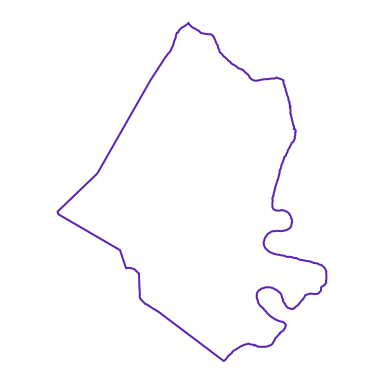 outline of Almondale, Castries, Saint Lucia
{"feature_id": "8701671B18648215649765", "entity_name": "Almondale", "entity_type": "district", "adm_level": 2, "iso_a3": "LCA", "parent_name": "Saint Lucia", "parent_adm1": "Castries", "projection": "orthographic", "projection_center": [-60.96, 14.019], "detail": "fine", "context": "isolated", "style": "outline", "palette": "violet", "viewbox_px": 384, "rotation_deg": 0, "n_neighbors": 0, "source": "geoboundaries", "source_scale": "gbopen_adm2", "svg_char_len": 6009}
<svg xmlns="http://www.w3.org/2000/svg" viewBox="0 0 384 384"><path d="M165.4,57.2L150.4,80.4L97.4,173.4L57.6,211.6L58.4,214.3L120.0,250.1L126.0,268.1L129.7,267.9L134.2,269.0L139.0,273.7L139.4,286.8L139.8,293.6L139.7,296.5L140.1,298.6L144.3,302.9L145.2,303.9L146.9,304.5L149.5,306.2L153.0,308.5L158.5,311.8L223.7,361.0L225.4,359.8L226.7,358.1L227.3,357.2L228.9,355.4L230.9,353.8L231.5,353.4L232.6,351.7L233.9,350.5L235.5,349.7L237.4,348.4L239.2,347.4L239.9,346.7L242.5,345.7L243.8,344.9L245.4,344.5L246.9,344.2L248.3,343.6L250.2,344.3L253.0,344.7L254.5,345.5L255.0,345.0L257.3,346.3L258.1,346.7L259.5,346.8L261.5,346.8L263.0,346.7L265.5,346.8L266.6,346.5L267.6,346.4L269.0,345.7L270.1,345.4L270.6,345.3L272.6,343.7L272.8,343.1L275.1,339.1L275.6,337.8L277.1,336.8L278.1,335.2L278.9,334.5L280.0,333.4L279.9,332.8L281.0,332.0L282.3,331.2L283.4,330.6L283.7,329.7L285.1,327.9L285.3,326.7L285.7,325.8L286.0,325.3L285.6,324.4L284.4,323.1L283.2,322.2L281.6,321.6L280.7,321.4L279.7,321.2L277.6,320.4L276.4,319.9L275.3,319.4L274.5,318.9L270.5,316.3L268.9,314.8L268.3,314.3L267.3,313.3L266.1,311.6L265.3,310.8L264.1,309.7L263.1,308.1L261.8,307.2L261.1,306.6L260.6,305.9L259.5,305.0L259.1,304.2L258.7,303.7L258.5,303.0L257.9,301.9L258.1,300.7L257.3,299.7L257.2,298.8L256.7,297.4L256.8,295.5L256.8,293.5L257.1,292.8L258.0,291.8L258.2,291.1L259.1,290.2L261.2,288.8L262.6,288.2L263.6,288.2L265.3,287.3L266.9,287.3L269.7,287.3L271.8,287.8L273.3,288.2L273.8,288.7L274.9,289.1L276.0,289.8L276.9,290.2L278.0,291.2L280.1,292.8L281.1,294.3L281.5,295.1L281.8,296.4L282.1,297.9L282.6,298.7L283.2,299.8L282.9,300.7L283.3,301.5L284.6,303.4L285.1,303.8L285.3,304.8L286.7,306.7L287.8,307.7L288.4,308.0L289.6,308.5L292.1,309.1L293.2,308.4L294.3,308.5L295.1,307.1L296.9,306.0L297.6,305.5L298.4,304.3L299.3,303.8L299.9,302.5L301.4,300.9L301.9,300.1L302.6,299.8L303.3,298.5L304.3,297.4L304.5,296.9L305.2,295.3L307.0,294.6L308.0,294.3L308.7,293.9L309.6,293.8L310.7,293.7L311.4,293.6L314.5,294.1L316.8,293.9L318.0,293.7L318.7,293.1L319.9,291.9L321.0,290.6L321.1,289.3L321.0,288.3L321.1,287.6L321.3,287.1L321.9,286.6L322.5,286.2L323.0,286.0L323.5,285.8L324.0,285.2L324.8,284.7L325.9,283.0L326.3,282.7L325.9,280.9L326.3,280.0L326.4,277.4L326.4,275.6L326.2,274.7L326.4,273.8L326.1,272.6L326.4,271.8L326.1,270.8L325.6,269.6L325.2,268.8L324.2,267.5L321.5,265.0L319.8,264.6L319.1,264.4L317.4,263.4L316.0,263.3L313.7,262.9L312.8,262.5L310.0,261.4L307.5,261.1L304.8,260.6L303.7,260.5L302.1,260.0L301.3,260.0L300.7,259.9L299.3,259.6L298.6,259.3L297.6,258.7L296.1,258.0L294.5,257.9L293.1,257.7L291.8,257.1L289.8,256.8L289.3,256.7L287.8,257.0L287.2,256.9L285.9,256.4L284.2,255.8L283.3,255.6L282.6,255.5L281.2,255.4L280.1,255.0L277.6,254.6L276.5,254.3L275.7,254.2L273.7,253.7L271.4,252.7L270.8,252.6L269.7,252.1L269.1,251.7L268.3,251.1L268.0,250.6L267.0,249.9L265.4,248.2L264.7,247.0L264.3,246.1L263.9,244.6L263.8,243.7L263.7,243.0L263.6,242.5L264.0,241.5L264.2,240.5L264.5,239.2L265.0,237.9L265.7,236.8L266.4,236.0L266.8,235.0L267.5,234.3L268.6,233.3L270.4,232.3L271.3,231.6L272.7,231.2L275.4,231.1L276.6,230.9L277.1,230.8L278.2,230.9L279.9,231.1L281.2,231.1L283.3,230.9L283.9,230.7L284.7,230.3L285.9,230.3L287.0,229.9L287.5,229.4L288.2,229.2L288.7,228.9L289.5,228.4L290.0,228.0L291.0,226.5L291.0,226.0L291.4,225.1L291.8,222.8L292.2,222.3L292.1,221.6L291.9,219.8L291.7,219.0L291.4,218.5L291.0,218.0L290.9,217.2L290.8,216.6L290.2,215.5L289.6,214.3L288.8,213.1L287.8,212.4L286.7,211.7L284.9,210.8L283.7,210.5L281.9,209.9L280.8,210.4L279.8,210.6L278.4,210.6L277.4,210.6L275.8,210.4L274.9,210.1L274.4,209.7L273.7,209.4L273.2,208.7L272.7,207.8L272.4,207.3L272.4,205.0L272.4,204.4L272.4,203.2L272.3,202.6L272.8,201.1L272.6,200.2L272.4,198.6L272.4,197.8L272.9,197.0L273.5,195.5L273.5,194.8L273.9,192.7L274.4,191.4L274.7,189.5L275.2,188.6L275.0,188.1L275.2,187.2L275.5,186.3L275.8,185.7L276.8,182.3L276.9,181.7L277.2,181.3L277.7,180.0L278.2,178.3L278.5,177.6L278.6,176.6L279.1,174.9L279.2,174.3L279.5,173.3L279.7,171.2L279.7,170.4L280.4,169.2L280.9,168.1L281.4,165.7L281.5,164.8L281.9,164.0L282.6,162.7L283.2,160.7L283.8,159.3L284.1,157.9L284.0,157.3L285.8,155.9L286.3,154.2L287.3,152.3L287.7,151.6L287.7,150.5L288.3,149.5L289.1,148.1L289.7,147.2L289.9,146.7L290.4,145.9L290.6,145.2L291.3,144.1L291.6,143.1L292.1,142.6L293.0,141.8L293.8,141.1L294.3,139.5L294.8,138.8L294.9,137.6L294.6,136.8L295.2,135.4L295.3,134.3L295.3,133.2L295.0,132.6L295.6,131.9L295.8,131.5L295.6,130.4L295.0,129.2L293.9,129.1L294.1,126.7L293.4,125.4L293.2,124.9L292.8,123.1L292.6,122.0L292.1,120.3L291.3,116.7L291.3,116.1L291.0,114.6L290.2,113.2L290.4,112.7L290.5,111.3L290.6,110.2L290.4,109.2L290.0,108.0L289.9,106.9L290.5,106.7L289.7,105.2L289.8,104.4L289.3,103.0L289.6,102.3L288.9,100.9L288.3,99.8L288.5,98.6L288.0,97.2L287.7,96.4L287.2,95.3L287.1,94.6L286.5,92.7L286.0,91.2L285.5,89.7L285.6,88.6L284.5,86.5L284.8,85.9L283.9,84.2L283.5,83.1L283.6,81.6L283.2,81.0L283.4,80.4L282.4,79.7L281.8,79.4L280.7,79.0L279.4,78.6L278.2,78.3L276.6,77.5L275.2,78.3L274.1,78.6L272.8,78.5L270.0,78.7L269.2,78.9L268.3,79.1L266.9,79.2L264.6,79.2L262.4,79.5L257.0,80.7L254.5,80.6L252.5,79.9L249.7,77.7L249.1,76.0L247.6,74.3L245.2,72.3L243.5,70.4L241.8,69.4L239.7,68.7L237.9,68.0L237.2,67.2L236.4,66.5L233.6,64.7L232.3,64.1L231.6,63.6L230.8,62.9L230.7,62.3L229.9,61.5L228.6,61.0L227.4,59.6L226.7,58.8L225.5,57.7L224.3,56.9L222.7,55.3L222.2,54.2L220.6,52.9L219.5,51.7L219.5,50.8L218.9,49.2L217.9,47.5L218.1,46.6L217.8,45.6L216.7,44.1L216.2,42.8L216.0,42.1L214.8,39.2L214.5,38.5L214.1,37.7L213.5,36.5L212.9,36.1L212.4,35.2L211.7,34.6L211.1,34.4L208.4,34.2L206.1,33.9L204.9,33.8L203.6,33.5L202.4,33.2L201.1,33.1L199.7,31.8L198.8,30.7L197.4,30.3L196.6,29.5L195.2,28.7L193.8,28.2L192.4,27.2L190.9,26.2L190.0,24.9L189.3,24.6L188.5,23.0L187.6,23.8L183.9,26.6L182.1,27.3L180.3,29.1L179.0,30.4L178.1,32.5L176.9,32.8L176.1,34.9L175.7,37.6L175.1,39.4L174.3,40.7L173.5,44.1L173.1,45.2L172.5,46.8L171.1,49.3L170.2,51.4L169.1,52.8L167.9,53.9L166.4,56.1L165.4,57.2Z" fill="none" stroke="#5b21b6" stroke-width="2"/></svg>